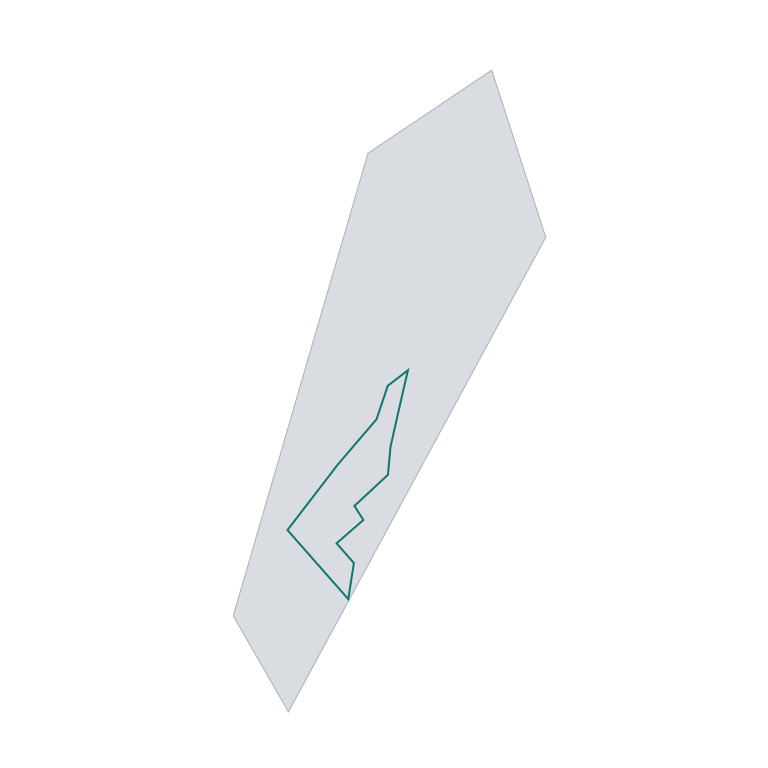 South Hill on a map of Anguilla (Natural Earth projection), rotated 319°
{"feature_id": "AIA-5122", "entity_name": "South Hill", "entity_type": "District", "adm_level": 1, "iso_a3": "AIA", "parent_name": "Anguilla", "parent_adm1": "", "projection": "natural_earth1", "projection_center": [-63.095, 18.202], "detail": "fine", "context": "in_parent", "style": "outline", "palette": "teal", "viewbox_px": 768, "rotation_deg": 319, "n_neighbors": 0, "source": "natural_earth", "source_scale": "10m", "svg_char_len": 479}
<svg xmlns="http://www.w3.org/2000/svg" viewBox="0 0 768 768"><g transform="rotate(319 384 384)"><path d="M602.3,379.4L96.8,568.7L118.1,460.1L523.4,199.3L671.2,217.8L602.3,379.4Z" fill="#d9dde1" stroke="#a8b0b8" stroke-width="1"/><path d="M215.3,430.9L296.7,414.4L355.3,405.7L364.8,400.1L385.7,387.8L411.1,389.3L375.0,415.6L347.7,435.7L327.4,455.1L281.7,456.6L279.2,473.1L243.7,473.1L243.8,499.4L215.9,522.9L215.3,430.9Z" fill="none" stroke="#0f766e" stroke-width="2"/></g></svg>